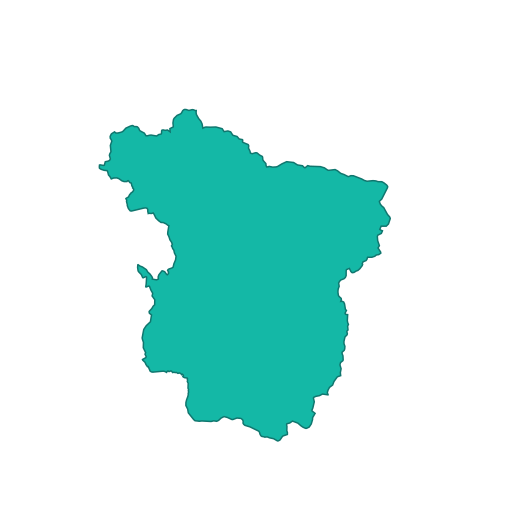 Tuong Duong, Nghệ An, Vietnam, rotated 332°
{"feature_id": "81297802B26083936626584", "entity_name": "Tuong Duong", "entity_type": "district", "adm_level": 2, "iso_a3": "VNM", "parent_name": "Vietnam", "parent_adm1": "Nghệ An", "projection": "robinson", "projection_center": [104.534, 19.32], "detail": "fine", "context": "isolated", "style": "filled", "palette": "teal", "viewbox_px": 512, "rotation_deg": 332, "n_neighbors": 0, "source": "geoboundaries", "source_scale": "gbopen_adm2", "svg_char_len": 6126}
<svg xmlns="http://www.w3.org/2000/svg" viewBox="0 0 512 512"><g transform="rotate(332 256 256)"><path d="M404.7,254.7L403.3,251.5L402.0,249.5L398.6,247.6L397.1,246.0L394.7,244.4L389.1,242.1L387.1,240.1L385.5,237.6L379.7,230.9L377.5,229.6L375.2,229.4L374.6,229.1L372.0,225.4L369.6,222.8L368.0,219.1L366.4,216.8L360.4,214.5L359.6,213.8L357.8,210.3L354.8,207.3L345.8,202.1L344.1,200.5L341.0,201.1L340.2,200.7L339.4,198.1L335.4,195.1L333.1,191.1L327.3,187.1L322.2,186.8L317.0,187.1L315.6,186.8L312.5,185.4L309.6,183.0L309.0,183.1L307.3,182.4L307.3,181.0L308.1,179.0L307.3,175.7L307.2,174.2L308.2,171.9L308.3,171.1L306.5,168.4L305.4,165.6L304.5,164.8L303.6,164.5L300.7,163.9L299.4,162.6L299.9,160.5L300.0,157.2L301.2,155.5L301.4,154.9L301.4,154.0L297.7,149.4L297.7,148.9L298.7,147.4L298.6,146.8L296.1,144.8L295.4,141.6L292.5,138.8L292.2,138.2L291.9,134.5L289.9,132.4L286.2,131.2L285.9,127.7L281.2,123.3L275.9,120.7L272.5,118.7L271.4,118.3L269.1,118.2L270.4,114.1L270.6,111.1L269.9,107.8L269.8,103.1L270.5,101.1L271.5,99.5L270.8,99.2L269.5,97.6L268.4,96.8L265.1,96.0L263.0,93.8L261.8,93.1L260.8,93.0L259.5,93.3L257.4,94.7L256.2,95.1L252.4,94.8L248.3,96.0L247.1,96.9L245.1,99.6L243.9,102.6L243.4,103.2L239.8,103.1L238.5,106.1L237.0,103.2L234.7,102.4L233.4,101.2L232.2,100.7L231.5,101.1L230.1,103.4L229.4,103.8L227.2,103.1L224.6,103.4L220.2,100.0L218.8,99.4L216.3,98.8L215.3,98.1L215.1,95.1L212.5,91.2L212.2,90.4L212.4,88.1L211.9,86.3L211.3,85.7L209.2,84.5L208.6,83.2L208.0,82.7L206.1,82.3L201.1,82.0L197.3,83.4L195.6,83.5L191.8,82.6L190.3,81.8L189.8,81.3L189.4,80.0L186.4,80.2L185.4,80.4L183.4,81.9L182.6,83.6L182.8,85.4L182.6,86.9L179.3,90.0L176.9,95.8L174.7,97.3L173.8,98.3L173.0,101.9L171.8,102.7L170.4,102.9L167.2,102.0L164.7,104.6L163.8,104.4L161.1,102.3L160.5,102.2L159.4,103.9L159.0,105.1L159.9,106.7L162.2,109.1L164.6,110.7L164.6,112.0L163.8,115.2L164.3,117.3L164.4,120.0L166.9,120.3L169.8,121.7L171.3,123.4L172.9,126.7L174.5,128.4L177.0,129.7L178.0,129.3L178.6,129.5L179.2,132.2L180.1,133.1L179.3,135.8L179.5,137.3L179.0,137.9L179.4,139.5L178.7,140.6L177.0,141.5L175.3,141.6L174.4,142.2L173.5,142.3L171.1,144.0L168.4,144.1L168.0,144.3L168.1,145.9L167.2,147.2L166.5,150.2L166.0,151.1L165.6,154.2L166.1,157.0L166.9,157.7L168.1,158.1L179.0,160.9L181.0,161.6L182.1,162.6L182.3,164.1L181.4,165.8L180.8,167.9L181.3,167.9L183.7,169.4L185.4,169.7L185.6,171.2L185.4,175.5L186.6,179.2L187.9,181.8L189.8,182.9L191.8,185.6L192.5,187.3L193.3,188.3L189.4,193.4L188.3,195.2L188.2,198.0L187.6,201.4L187.9,204.1L187.6,206.4L186.1,207.4L186.2,208.7L185.9,210.4L186.2,212.3L185.4,215.0L185.3,218.7L183.1,221.7L179.9,224.3L177.5,227.0L176.0,227.1L173.1,226.6L172.0,226.7L171.2,227.2L171.3,228.8L171.0,229.0L170.9,230.0L170.0,230.6L168.8,230.9L168.4,230.0L168.0,227.0L166.6,225.3L165.9,225.0L161.4,227.0L159.8,228.5L159.0,230.5L157.0,230.4L153.6,227.7L154.3,226.8L154.4,225.3L153.9,222.0L152.9,219.4L152.8,216.6L150.6,212.4L148.8,210.3L147.8,208.3L147.5,208.3L146.1,210.5L144.9,213.8L145.0,215.0L146.0,218.5L145.8,221.9L146.2,222.3L149.1,222.5L149.5,223.3L145.8,229.3L144.2,231.4L144.4,231.8L147.2,232.2L147.7,232.8L147.2,236.9L147.3,240.0L147.1,240.7L145.5,242.5L146.1,247.1L143.6,251.5L141.7,252.0L139.3,253.5L135.8,254.7L135.4,255.1L135.0,256.5L136.1,259.0L131.9,264.5L126.4,266.0L123.0,267.8L122.2,268.4L117.0,274.9L116.6,276.3L116.1,279.4L113.4,284.1L113.2,289.5L111.9,290.6L111.8,293.3L111.0,294.0L107.2,294.1L107.1,294.8L108.1,297.8L107.9,300.2L108.2,302.8L108.9,303.0L108.5,308.0L109.3,309.3L110.4,310.1L120.2,314.2L121.4,315.3L122.4,316.8L123.2,316.2L124.4,316.2L124.8,317.1L125.2,317.3L126.9,317.5L127.4,318.2L127.7,319.8L129.0,320.1L129.9,321.0L131.0,321.4L132.0,323.0L133.3,323.2L134.4,324.4L134.6,325.9L135.6,325.9L135.9,327.2L135.6,327.7L134.9,327.9L134.9,328.6L135.8,329.9L137.9,331.4L138.0,332.0L137.5,332.5L137.3,333.5L136.4,334.6L136.4,336.5L133.9,340.8L133.9,342.1L133.2,342.8L132.5,344.6L131.6,345.5L131.3,346.3L130.1,347.8L127.2,350.4L125.4,352.4L123.9,355.1L123.8,359.1L122.6,362.7L124.2,371.2L124.8,372.8L128.4,375.3L130.7,376.2L138.6,381.0L141.3,381.7L143.7,383.5L145.8,383.6L149.2,382.7L152.4,382.8L155.0,385.2L157.8,388.9L158.7,389.5L163.1,390.1L166.1,392.1L166.7,392.7L167.3,394.6L167.0,396.1L166.1,397.4L166.1,398.8L166.7,400.3L170.5,404.1L176.0,411.7L176.3,412.4L176.3,413.4L175.9,415.1L175.9,416.9L176.4,418.0L178.4,419.6L178.6,420.0L181.0,421.0L182.6,422.9L185.8,425.6L188.1,429.3L188.9,429.7L190.8,429.7L194.5,427.8L195.5,427.6L199.9,428.3L200.8,426.8L201.2,424.7L203.3,421.0L203.7,419.5L204.5,418.6L207.4,419.3L210.7,418.9L214.5,423.2L216.0,427.1L217.1,429.2L218.8,431.4L219.8,431.9L222.7,432.0L226.0,430.2L229.1,427.0L230.1,425.3L234.3,422.7L232.8,419.3L232.9,418.5L234.9,416.8L239.0,412.1L240.0,408.4L240.6,407.9L242.9,408.0L246.5,409.1L249.9,409.1L254.4,412.4L254.6,412.2L254.7,410.4L255.1,409.8L256.7,408.2L259.2,406.5L263.1,405.9L265.8,403.5L270.6,401.1L271.4,400.9L274.6,401.4L275.7,398.6L278.2,395.5L279.0,391.5L280.6,389.8L283.6,389.2L284.2,388.6L285.9,385.0L286.2,382.6L286.8,381.4L289.6,380.7L290.7,379.7L292.1,377.5L292.5,374.8L293.4,372.9L296.5,369.3L299.5,368.3L300.3,367.2L300.6,365.5L301.1,365.0L302.5,364.5L304.0,360.9L305.5,359.8L305.6,358.2L306.2,356.1L309.4,350.8L307.9,349.7L307.7,349.1L307.8,348.3L310.3,346.5L309.9,345.1L311.7,339.8L311.8,337.8L310.8,336.4L309.5,335.9L310.9,334.6L311.3,333.4L310.3,330.6L310.3,329.3L311.4,326.3L312.3,324.8L313.2,323.6L315.2,321.8L316.3,318.6L318.1,317.5L319.8,317.0L323.0,317.4L324.8,316.9L326.4,315.6L328.6,311.5L329.2,310.7L329.8,310.5L332.6,310.8L332.5,314.2L332.7,315.1L333.1,315.9L334.7,316.5L337.6,316.3L339.1,316.6L341.7,316.0L345.2,314.4L346.2,313.5L346.2,312.6L347.8,311.4L351.0,311.7L352.4,311.0L353.9,309.5L357.7,311.5L360.8,312.0L362.8,311.6L365.0,312.4L367.5,312.1L367.9,311.1L367.5,306.2L369.8,304.8L370.6,299.7L372.3,295.7L373.3,294.8L377.3,294.9L379.2,293.4L379.5,293.1L378.6,292.1L377.8,290.6L380.5,288.4L385.0,290.8L388.0,289.9L392.1,286.0L392.4,284.5L391.6,281.0L391.5,273.1L390.7,271.4L390.1,268.7L390.4,265.9L390.7,265.6L393.7,264.8L404.2,257.4L404.9,256.4L404.7,254.7Z" fill="#14b8a6" stroke="#0f766e" stroke-width="1.5"/></g></svg>